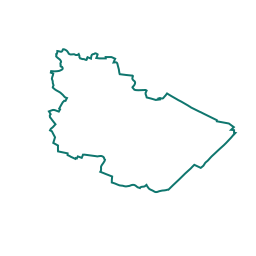 Thi xa Cai Lay, Tiền Giang, Vietnam (Equal Earth projection), rotated 117°
{"feature_id": "81297802B17596796998347", "entity_name": "Thi xa Cai Lay", "entity_type": "district", "adm_level": 2, "iso_a3": "VNM", "parent_name": "Vietnam", "parent_adm1": "Tiền Giang", "projection": "equal_earth", "projection_center": [106.133, 10.425], "detail": "fine", "context": "isolated", "style": "outline", "palette": "teal", "viewbox_px": 256, "rotation_deg": 117, "n_neighbors": 0, "source": "geoboundaries", "source_scale": "gbopen_adm2", "svg_char_len": 4676}
<svg xmlns="http://www.w3.org/2000/svg" viewBox="0 0 256 256"><g transform="rotate(117 128 128)"><path d="M176.1,90.1L175.6,90.1L175.3,90.0L174.7,89.6L174.1,89.0L173.3,87.7L172.7,86.9L172.0,86.4L170.9,86.0L170.7,85.9L170.3,85.7L170.8,85.1L171.2,84.4L172.0,82.9L172.3,82.2L172.5,81.8L172.6,81.2L172.7,80.1L172.6,78.5L172.6,76.6L172.7,75.7L172.7,75.2L172.5,74.2L172.1,73.5L171.5,72.7L170.7,72.0L170.1,71.4L169.5,70.7L168.2,69.1L167.1,67.3L166.0,65.8L165.0,64.8L164.7,64.0L158.2,61.8L150.4,59.0L142.6,56.4L135.5,53.7L133.4,53.1L130.7,52.2L130.5,45.1L129.9,44.8L127.4,43.7L125.5,43.5L124.2,43.4L123.5,43.2L122.2,42.7L121.4,42.3L120.1,41.9L117.5,41.2L115.4,40.6L111.3,39.1L107.7,37.8L104.2,36.5L99.8,34.8L96.8,33.8L92.7,32.6L90.7,32.0L89.2,31.6L87.0,31.1L86.0,30.9L85.8,30.8L85.8,30.7L83.7,30.1L84.1,31.3L81.8,32.5L82.1,33.6L82.8,35.3L79.2,34.1L78.2,40.2L81.7,51.9L80.7,52.4L80.8,59.7L80.9,67.3L80.9,70.3L81.0,71.6L81.1,81.1L80.9,82.5L80.9,83.2L80.8,83.9L80.7,85.1L80.4,90.6L80.3,92.6L80.3,96.0L80.2,97.4L79.9,103.6L79.7,106.6L79.5,108.9L82.4,109.4L82.5,109.5L85.4,110.2L85.9,110.5L86.3,111.1L86.6,111.8L86.7,112.8L86.9,113.3L87.4,113.8L87.4,113.6L87.7,113.1L87.9,112.8L88.1,112.6L90.4,116.0L91.0,119.3L91.3,120.9L92.3,125.2L92.1,125.4L91.2,126.2L90.0,127.5L89.6,127.8L88.9,128.2L88.7,128.3L87.9,128.3L86.2,128.4L86.1,129.1L86.2,129.7L89.7,136.0L90.7,138.3L91.0,139.7L90.6,140.6L90.1,141.8L90.0,142.2L89.9,142.4L89.7,142.5L89.2,142.5L88.3,142.2L87.3,141.9L86.1,141.9L85.4,141.9L84.8,142.1L84.3,142.3L83.9,142.6L83.5,143.2L83.3,143.6L83.2,144.4L83.1,144.6L83.0,145.0L82.7,145.7L82.3,146.3L82.1,146.5L81.5,146.8L80.4,147.0L79.5,147.2L79.4,147.3L79.3,147.8L79.4,148.0L81.6,153.7L83.8,159.8L82.6,160.9L79.9,162.8L77.7,164.8L75.5,166.7L75.0,167.4L74.9,167.8L74.9,168.1L74.9,168.5L75.1,168.9L76.2,170.6L72.4,170.9L72.1,170.9L72.3,174.6L72.4,175.1L74.9,180.1L76.1,179.4L78.9,184.9L80.0,188.0L77.8,188.2L76.2,188.5L76.1,190.0L76.2,190.7L76.4,191.2L77.4,191.8L78.4,193.0L79.2,193.4L80.2,193.4L82.2,192.8L83.0,192.5L83.3,196.2L84.1,196.2L84.5,196.2L85.0,196.0L85.4,195.9L85.8,195.8L86.0,195.9L86.3,196.1L86.4,196.5L86.5,196.9L86.5,197.3L86.6,198.5L87.3,200.0L87.4,200.5L87.4,201.1L87.5,201.6L87.7,202.2L87.0,203.4L85.7,204.1L84.5,205.5L85.6,206.0L86.0,206.4L86.2,206.7L86.4,207.2L86.6,207.5L86.7,208.0L86.7,208.7L86.7,209.2L86.8,209.6L87.1,210.2L87.6,210.9L88.5,212.4L88.6,212.8L88.7,213.2L88.7,214.6L88.0,215.4L87.1,217.2L86.9,218.0L86.8,219.0L86.8,219.7L86.9,220.6L87.2,221.4L87.5,221.7L87.8,221.7L88.2,221.6L88.6,221.5L89.5,221.6L89.8,221.7L90.1,221.9L90.5,222.3L90.8,223.5L91.3,225.4L91.5,225.9L92.1,225.6L92.4,225.5L93.5,225.2L94.3,225.1L94.6,225.5L95.2,225.3L95.4,225.0L95.7,224.8L96.0,224.8L96.5,224.7L96.8,224.5L97.0,224.0L97.1,223.7L97.4,222.6L97.7,221.0L97.9,220.0L98.1,219.4L98.4,218.9L98.7,218.4L99.1,217.9L99.6,217.6L100.3,217.6L100.8,217.6L101.5,217.4L102.0,217.0L102.3,216.6L102.8,216.4L103.2,216.4L103.6,216.1L103.7,215.7L103.7,215.4L103.6,214.9L103.5,214.6L103.6,214.3L104.3,213.4L104.7,213.2L105.1,213.1L106.0,213.4L107.4,214.4L108.4,215.3L109.6,217.0L111.0,219.4L112.2,222.3L113.7,221.9L113.5,219.3L114.9,218.9L117.1,218.6L118.7,218.2L120.4,216.4L122.1,215.4L123.8,213.7L125.1,213.7L126.1,213.4L126.4,212.3L126.7,211.0L126.8,210.6L127.0,208.8L127.0,207.8L127.1,205.5L127.2,204.4L127.4,203.6L128.1,201.0L128.9,199.1L129.1,198.4L129.2,198.0L129.2,197.3L129.0,196.0L132.2,196.0L132.7,197.2L133.7,197.4L134.1,197.6L134.5,197.8L138.0,198.0L142.0,198.1L142.2,197.0L144.8,197.1L145.2,200.6L145.4,201.7L145.6,202.2L145.7,202.5L145.9,202.9L146.1,203.2L147.0,204.1L149.1,206.0L150.8,203.2L151.4,203.3L152.1,203.4L152.7,203.2L153.9,202.3L154.1,201.7L154.5,200.8L155.2,199.5L156.5,196.7L157.6,194.3L161.3,195.3L163.8,196.4L165.5,196.4L165.5,194.3L167.4,191.7L169.4,188.8L175.2,187.8L175.4,182.4L175.9,182.2L180.0,180.1L180.6,179.7L178.0,170.3L179.6,169.5L179.5,168.1L179.5,166.9L179.6,166.1L179.4,160.9L178.5,160.9L178.4,159.8L176.1,159.8L175.6,155.7L173.9,155.8L172.2,156.0L171.4,154.4L167.5,143.3L167.3,142.5L166.7,141.7L165.6,140.1L165.2,139.4L165.0,138.8L164.9,138.0L164.9,137.5L165.0,136.7L165.3,136.1L165.6,135.7L166.0,135.4L166.2,135.2L166.4,134.9L166.5,134.6L166.7,134.1L168.1,133.9L170.3,134.1L173.0,134.5L174.5,134.5L175.3,134.2L176.7,133.4L177.7,133.0L178.6,132.7L179.6,132.8L179.2,128.4L179.1,127.0L178.8,124.1L178.7,122.9L178.4,120.1L181.7,118.8L183.9,117.7L183.4,114.6L183.3,113.3L183.2,111.8L183.0,109.9L182.9,109.3L182.2,107.4L181.8,106.4L181.7,105.7L181.5,104.8L181.0,103.3L180.0,101.9L178.9,100.4L177.3,99.0L176.4,97.8L176.0,96.8L175.9,96.3L175.9,95.1L176.2,93.8L176.4,92.7L176.4,91.9L176.2,91.2L176.1,90.1Z" fill="none" stroke="#0f766e" stroke-width="2"/></g></svg>